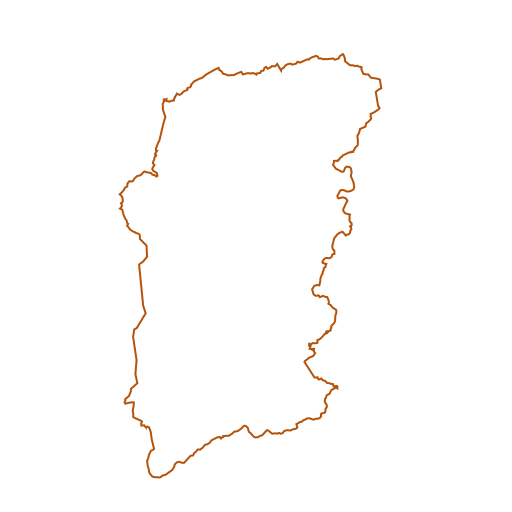 Kong Chro, Gia Lai, Vietnam (Albers equal-area conic projection), rotated 76°
{"feature_id": "81297802B76302638024773", "entity_name": "Kong Chro", "entity_type": "district", "adm_level": 2, "iso_a3": "VNM", "parent_name": "Vietnam", "parent_adm1": "Gia Lai", "projection": "albers", "projection_center": [108.588, 13.762], "detail": "fine", "context": "isolated", "style": "outline", "palette": "amber", "viewbox_px": 512, "rotation_deg": 76, "n_neighbors": 0, "source": "geoboundaries", "source_scale": "gbopen_adm2", "svg_char_len": 6063}
<svg xmlns="http://www.w3.org/2000/svg" viewBox="0 0 512 512"><g transform="rotate(76 256 256)"><path d="M114.9,93.1L113.5,95.0L110.7,101.5L107.0,103.1L106.4,105.3L105.2,107.8L100.1,108.6L98.7,107.8L98.0,108.2L97.1,110.4L95.8,111.8L95.7,114.0L94.3,116.0L93.7,118.6L88.4,122.6L86.4,122.0L84.6,122.1L82.6,122.3L81.1,122.9L82.4,126.4L84.3,127.9L84.6,132.1L83.1,133.2L82.0,140.5L81.4,141.6L81.5,142.9L79.9,145.3L79.6,147.2L77.5,147.8L76.2,149.6L76.7,151.7L76.6,153.1L77.5,156.4L78.2,157.1L77.6,158.4L79.0,166.7L77.6,168.5L77.8,169.2L79.0,170.2L79.1,173.4L79.0,174.6L77.7,175.9L77.5,178.5L78.1,181.2L79.9,183.3L80.8,186.1L82.2,186.8L74.8,188.9L76.6,191.7L75.6,194.9L76.4,196.0L77.1,199.4L74.9,200.5L75.6,202.3L77.9,203.9L77.7,206.1L79.4,207.6L79.1,211.0L80.1,211.8L78.5,213.2L77.6,215.3L77.8,216.9L76.9,218.5L76.5,220.6L76.7,224.8L73.8,225.7L74.3,230.3L75.1,233.5L73.9,239.6L71.9,242.3L71.4,243.7L68.6,244.7L66.4,246.7L64.4,246.8L65.1,250.6L67.6,259.7L70.3,265.9L70.2,267.5L71.6,273.9L74.1,277.5L75.4,277.9L76.1,278.9L76.7,282.2L78.2,282.4L78.9,286.6L80.7,289.2L81.2,291.2L79.3,293.5L80.8,294.6L81.9,296.2L82.8,296.4L83.6,297.5L85.2,298.0L84.9,301.1L85.3,302.6L83.8,305.6L82.1,304.9L82.3,306.0L81.7,307.2L82.1,307.8L83.8,307.9L85.8,309.7L91.8,310.9L99.2,310.3L105.4,314.0L120.8,321.9L122.6,323.7L127.5,327.0L129.6,327.5L130.0,326.6L132.6,329.3L134.2,328.4L134.9,329.1L134.9,330.0L138.0,331.6L139.4,332.8L141.1,333.6L143.2,332.5L145.2,334.8L146.6,335.7L148.8,334.9L151.3,332.2L154.0,332.2L154.1,331.5L154.8,333.4L153.0,334.9L152.1,336.7L150.1,337.9L148.6,340.9L148.4,342.0L147.2,343.3L147.0,344.1L149.7,348.4L149.7,352.0L151.6,355.5L153.4,357.0L153.6,358.7L152.8,360.8L154.6,363.2L157.4,364.1L157.9,366.4L159.8,368.1L162.0,371.0L163.1,373.3L165.3,371.9L167.5,371.5L170.4,371.9L171.5,372.6L172.2,374.3L174.0,373.7L175.4,374.2L177.1,376.5L178.6,374.6L184.4,374.5L188.0,373.9L190.0,373.0L192.6,373.1L193.9,372.3L195.2,373.7L199.6,371.9L202.2,369.7L203.9,367.4L204.9,366.8L205.5,365.2L206.5,364.2L207.7,363.7L211.4,364.5L219.5,359.7L230.4,361.9L234.3,367.2L235.8,371.3L236.6,371.6L276.9,377.5L284.9,376.9L297.1,389.2L297.8,391.9L304.7,394.8L328.3,397.1L341.4,401.6L350.7,401.9L354.7,409.5L356.7,410.0L361.1,413.1L363.3,417.6L364.6,417.7L366.0,418.9L367.6,418.6L367.8,412.2L368.5,410.0L372.0,411.0L375.8,412.9L380.7,413.5L381.9,414.1L383.0,413.8L388.4,407.0L389.2,406.7L390.9,408.0L392.8,408.2L393.2,405.5L396.1,404.1L395.2,403.5L395.4,402.4L396.6,401.1L397.4,401.3L398.6,400.9L401.8,400.7L408.2,401.5L418.4,401.6L418.8,402.0L419.7,405.2L422.9,407.9L426.7,409.7L428.2,411.2L433.4,411.8L437.0,411.6L439.2,412.0L441.6,411.6L444.9,409.9L445.9,408.3L447.6,402.8L447.4,401.8L446.5,400.3L446.3,396.4L443.3,389.0L440.8,386.4L438.6,385.3L437.1,382.7L437.0,380.7L439.0,377.2L439.3,375.9L434.0,367.8L434.3,365.3L432.4,363.9L431.5,361.8L429.8,359.6L429.7,358.7L430.4,357.2L429.0,354.0L426.8,351.1L426.9,348.6L425.8,345.5L424.7,344.8L424.1,343.8L422.6,337.5L422.9,334.9L424.6,334.1L423.9,333.0L423.7,331.6L422.8,331.4L423.8,325.6L422.5,321.8L421.2,319.7L421.5,316.0L420.0,312.3L417.9,308.8L418.2,307.3L420.6,305.5L424.8,305.5L426.7,304.0L430.7,302.0L431.9,300.6L432.3,297.8L431.6,296.0L431.4,293.3L427.6,287.5L428.5,286.2L432.4,283.2L432.7,280.1L433.5,278.5L433.2,276.4L434.4,275.2L434.3,272.9L432.9,271.4L432.5,269.9L432.6,267.6L433.7,264.8L433.1,262.3L433.3,259.7L433.0,258.5L432.4,257.4L428.9,257.5L428.4,255.1L427.8,254.1L427.9,251.7L426.8,250.0L426.8,248.3L426.0,246.2L426.3,243.4L428.7,239.9L428.4,237.1L428.8,235.5L428.6,233.3L427.5,231.7L425.2,231.3L424.7,230.7L424.7,227.3L424.2,226.5L421.3,225.6L419.8,223.9L418.3,223.5L416.9,223.5L414.7,224.5L413.5,224.4L411.3,223.5L410.5,222.4L408.2,221.1L407.6,218.1L404.6,215.6L404.2,214.9L403.2,210.8L403.3,209.8L404.1,209.1L402.4,208.6L401.6,209.0L401.3,212.2L398.8,212.4L398.3,214.2L397.3,215.2L396.5,217.7L394.0,219.0L392.6,221.5L390.6,222.3L391.1,224.9L390.2,225.5L388.5,225.7L388.5,227.4L387.9,228.7L370.5,234.6L369.9,234.2L367.5,228.9L366.9,224.7L364.5,222.1L362.3,223.0L360.1,222.2L359.8,222.9L360.6,224.2L359.6,224.8L359.0,226.4L356.7,224.9L355.9,226.3L353.9,225.5L355.0,223.9L354.2,222.0L355.0,219.9L355.1,217.4L352.5,216.8L352.2,214.6L351.0,212.0L348.3,208.3L348.1,206.5L346.8,206.6L346.2,205.9L346.2,205.2L347.4,204.9L346.4,203.5L346.4,201.7L344.4,201.0L343.8,200.2L342.1,199.9L340.1,196.5L338.2,195.0L332.9,193.4L331.3,192.2L328.8,191.3L327.5,191.4L324.5,194.2L321.5,195.6L319.9,197.3L318.2,196.4L316.9,196.3L313.2,196.8L312.2,199.0L310.9,200.6L311.4,204.0L309.4,204.7L309.1,207.6L307.2,209.4L301.9,209.6L299.1,206.7L298.9,204.0L299.8,201.7L296.7,200.0L293.6,199.0L290.0,196.7L289.2,195.5L287.7,195.2L286.1,193.8L284.3,193.2L283.3,191.1L281.7,190.6L280.8,189.7L278.8,192.9L277.9,193.0L276.5,192.0L275.1,190.0L275.0,187.5L275.9,185.8L275.7,184.0L275.1,182.8L273.3,181.8L272.8,180.5L272.9,179.4L269.8,178.7L268.1,179.7L265.2,179.8L257.7,175.8L254.8,172.0L253.7,169.5L253.4,166.2L257.8,163.9L257.3,162.9L257.4,160.7L256.3,159.2L254.3,158.4L253.2,157.0L251.2,156.9L250.1,157.6L249.7,157.2L249.9,156.4L249.2,155.7L247.2,155.4L245.4,156.5L243.0,156.6L241.6,155.8L239.6,155.6L238.5,154.8L236.5,158.6L235.4,159.6L233.0,160.4L231.6,159.9L226.0,155.4L225.4,154.3L224.1,154.0L221.6,155.1L220.1,157.5L220.0,162.0L219.2,162.6L217.4,162.5L213.0,158.6L212.6,157.6L213.3,154.9L215.3,152.4L215.7,151.3L215.9,148.4L215.1,145.7L214.4,144.9L212.9,144.0L207.7,143.6L201.4,144.7L198.1,143.0L194.5,142.7L193.2,143.0L192.0,144.2L191.2,146.8L192.0,148.2L195.0,150.3L195.3,151.3L195.1,152.3L190.6,157.4L186.1,159.2L184.3,157.8L182.6,157.3L183.0,155.1L183.6,154.2L183.3,153.4L182.6,153.0L182.6,151.8L181.2,151.0L180.5,148.6L179.5,147.8L178.0,140.5L178.4,139.2L178.1,138.8L178.3,138.2L177.9,137.8L178.5,136.5L177.7,136.2L176.9,135.0L175.3,134.1L173.3,130.7L170.1,129.5L163.8,128.5L161.6,126.3L157.9,124.3L157.0,118.6L153.7,116.8L153.3,115.2L151.2,111.6L149.8,110.8L148.3,111.2L147.4,110.6L145.9,110.5L145.3,107.0L143.4,101.6L142.3,100.3L139.9,101.2L125.7,100.1L124.0,96.3L123.6,93.9L114.9,93.1Z" fill="none" stroke="#b45309" stroke-width="2"/></g></svg>